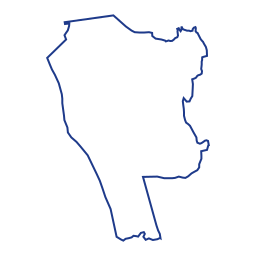 outline of Kota Setar, Kedah, Malaysia
{"feature_id": "92858781B49320909792008", "entity_name": "Kota Setar", "entity_type": "district", "adm_level": 2, "iso_a3": "MYS", "parent_name": "Malaysia", "parent_adm1": "Kedah", "projection": "natural_earth1", "projection_center": [100.406, 6.1], "detail": "fine", "context": "isolated", "style": "outline", "palette": "blue", "viewbox_px": 256, "rotation_deg": 0, "n_neighbors": 0, "source": "geoboundaries", "source_scale": "gbopen_adm2", "svg_char_len": 2070}
<svg xmlns="http://www.w3.org/2000/svg" viewBox="0 0 256 256"><path d="M160.5,238.3L159.8,233.9L158.1,230.4L156.5,225.6L155.6,222.4L143.0,176.9L157.3,176.6L164.2,178.2L172.2,178.2L175.0,177.9L178.8,176.6L182.7,177.6L185.4,177.9L188.2,176.3L191.5,173.4L194.3,171.8L197.3,170.2L199.2,167.4L199.2,164.2L201.4,158.8L201.4,155.6L201.2,151.2L207.0,149.9L208.3,145.4L208.8,145.2L208.0,140.9L206.4,140.3L204.9,140.7L203.3,141.9L201.5,143.1L199.9,143.7L197.4,142.7L196.7,140.7L196.4,137.4L193.7,132.7L190.0,125.8L188.3,124.2L186.1,122.6L185.1,120.1L184.0,115.8L184.0,112.2L183.8,108.9L183.3,105.3L182.8,101.2L183.7,98.1L186.7,101.6L189.5,101.4L190.7,98.7L192.3,96.1L192.7,88.6L192.9,84.1L192.2,79.3L193.6,78.8L194.7,78.4L196.1,77.6L197.0,76.2L198.1,75.3L200.3,74.6L201.7,73.6L202.0,71.1L201.2,69.0L201.5,66.5L201.7,64.6L201.7,63.0L201.7,61.5L202.1,60.2L202.2,57.3L203.3,56.9L207.0,55.9L206.8,50.3L205.9,47.0L204.9,45.3L203.9,43.6L203.0,41.8L202.1,40.9L200.7,39.2L197.6,33.1L197.5,32.9L196.5,32.5L195.6,31.2L195.8,28.0L195.4,27.1L193.8,27.7L192.7,29.2L192.5,30.7L190.5,31.2L189.2,30.7L187.1,30.7L185.7,30.2L184.1,29.7L182.7,29.0L181.5,26.5L181.4,29.8L180.6,31.2L179.6,29.9L178.7,28.2L177.2,28.9L177.7,30.1L177.5,31.6L177.7,33.2L178.0,35.5L177.3,37.2L175.2,38.1L173.8,39.6L172.1,40.9L170.2,41.0L168.6,40.5L165.8,41.4L165.1,40.6L161.4,39.5L155.6,38.6L152.3,36.0L152.1,32.9L149.0,32.2L144.6,32.5L139.1,32.5L134.7,32.2L131.6,30.6L125.9,26.5L113.4,15.4L64.7,22.2L65.0,24.0L66.6,23.8L69.3,23.6L69.1,25.9L68.5,28.1L67.8,30.4L66.1,32.8L64.5,35.2L66.1,39.5L47.2,57.9L49.8,64.4L51.9,69.4L54.9,74.8L58.8,83.3L61.8,94.2L62.3,98.7L62.3,103.2L63.1,109.1L64.0,115.6L64.4,120.1L67.4,127.5L67.9,132.5L71.3,137.4L76.5,141.9L80.8,146.9L87.7,155.3L94.2,168.8L96.8,174.2L99.8,180.7L102.4,188.1L105.4,197.1L110.6,209.0L116.6,236.8L121.2,239.6L123.3,240.6L125.6,238.8L128.6,238.2L131.6,237.4L133.5,235.8L136.5,236.2L138.1,236.6L140.9,232.9L143.8,232.1L144.8,233.9L143.4,236.8L145.7,239.8L148.9,238.4L152.9,240.0L157.4,239.2L160.0,238.0L160.5,238.3Z" fill="none" stroke="#1e3a8a" stroke-width="2"/></svg>